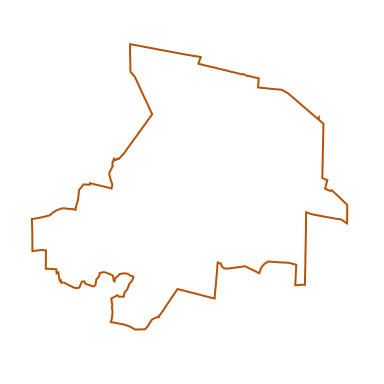 Santiago Maravatío, Guanajuato, Mexico (Albers equal-area conic projection), rotated 5°
{"feature_id": "50627088B21032390584019", "entity_name": "Santiago Maravatío", "entity_type": "district", "adm_level": 2, "iso_a3": "MEX", "parent_name": "Mexico", "parent_adm1": "Guanajuato", "projection": "albers", "projection_center": [-101.002, 20.157], "detail": "fine", "context": "isolated", "style": "outline", "palette": "amber", "viewbox_px": 384, "rotation_deg": 5, "n_neighbors": 0, "source": "geoboundaries", "source_scale": "gbopen_adm2", "svg_char_len": 4498}
<svg xmlns="http://www.w3.org/2000/svg" viewBox="0 0 384 384"><g transform="rotate(5 192 192)"><path d="M120.4,77.7L124.9,82.1L127.0,85.7L130.9,92.5L131.8,94.2L132.2,94.9L132.9,96.0L133.6,97.2L135.3,100.3L139.2,106.9L140.8,109.7L142.2,112.2L144.4,116.1L145.6,118.1L142.1,123.8L139.5,128.3L136.1,133.8L132.6,139.8L129.2,145.4L126.7,149.6L124.6,153.1L120.9,159.4L116.3,165.4L114.9,165.2L114.8,165.8L113.7,166.2L113.7,166.3L113.5,166.6L113.2,166.9L112.5,167.0L111.9,165.8L111.4,165.6L110.2,169.7L110.1,170.0L110.3,170.6L110.3,172.3L110.9,172.8L108.0,180.0L108.0,180.9L108.1,181.8L108.6,183.2L109.8,186.6L111.0,189.3L111.2,190.0L112.0,191.4L111.8,193.2L111.6,194.5L111.5,195.5L105.5,194.5L96.4,193.2L89.6,192.1L89.4,193.7L83.3,193.9L79.3,199.9L79.2,209.3L77.7,216.7L77.4,220.0L76.3,219.7L74.4,219.4L73.1,219.3L71.3,219.6L68.9,219.5L66.2,219.4L64.8,219.5L63.5,219.8L61.9,220.5L58.2,222.4L56.2,223.9L54.9,224.8L54.0,226.0L53.0,227.1L51.5,228.0L46.6,229.6L40.9,231.4L38.6,231.9L36.8,232.5L34.8,232.8L35.1,234.7L35.2,236.1L35.4,237.1L35.5,238.6L35.7,239.8L35.8,240.5L36.0,242.4L36.0,242.9L36.2,244.1L36.2,244.3L36.4,245.9L36.6,247.7L36.7,249.3L36.9,250.8L37.0,252.2L37.1,253.3L37.2,253.9L37.3,255.1L37.4,255.8L37.4,256.0L37.5,257.7L37.6,258.8L37.8,261.4L37.8,261.8L38.2,264.8L43.0,263.8L47.1,262.8L51.6,263.0L52.8,278.0L53.0,281.1L55.4,281.0L59.5,280.9L63.5,280.8L64.2,284.7L65.5,283.6L65.9,283.6L66.6,287.3L67.9,291.8L68.9,291.3L69.7,293.9L70.6,293.6L71.5,293.4L72.3,293.4L73.4,293.8L74.3,294.2L76.8,295.3L82.7,297.5L84.3,297.9L87.2,297.4L88.1,297.0L89.8,291.6L90.4,290.7L92.5,290.5L94.1,292.9L100.5,294.3L102.3,294.7L104.0,293.0L104.3,287.6L106.9,284.0L107.1,280.6L109.2,280.2L110.4,279.6L112.5,279.6L117.7,281.1L120.3,282.1L121.0,283.6L121.6,286.6L122.0,287.4L122.2,287.7L122.7,287.7L122.7,285.0L124.1,283.5L125.2,282.6L127.0,280.1L130.6,279.1L133.0,278.9L135.1,279.1L136.3,279.7L137.1,280.2L138.7,281.0L139.8,280.9L140.5,281.1L141.0,281.5L141.1,282.1L140.3,284.5L139.8,285.9L137.4,289.2L137.0,291.3L136.4,293.1L135.9,294.7L135.3,295.6L134.3,296.8L133.7,297.5L133.5,298.8L133.1,302.3L128.3,302.6L126.9,301.3L120.8,305.2L122.6,312.4L122.2,313.7L122.9,316.5L123.3,318.4L123.3,324.5L122.5,328.6L127.6,329.1L132.8,329.7L135.5,329.9L139.5,330.8L142.8,331.8L147.0,333.9L151.7,333.5L156.1,333.0L157.2,332.8L159.2,330.2L160.8,327.2L163.3,322.5L167.0,320.2L169.4,319.6L169.8,319.5L169.4,319.1L169.9,318.4L171.4,316.4L171.7,315.6L172.3,314.5L173.4,312.9L174.3,311.1L177.6,305.1L180.0,300.8L184.4,292.8L186.0,289.9L191.7,290.8L195.4,291.5L202.4,292.6L208.0,293.5L212.4,294.3L214.0,294.6L218.4,295.3L222.0,295.9L223.9,296.0L223.8,294.8L223.7,292.6L223.9,279.5L223.8,276.8L223.8,274.5L223.8,273.3L223.8,273.0L223.8,270.8L223.8,269.4L223.7,262.8L223.7,260.0L223.8,259.8L226.3,260.9L226.9,260.7L227.6,262.1L227.6,262.5L228.0,262.9L228.2,263.3L228.6,263.9L229.3,264.5L229.8,264.8L230.5,265.1L231.2,265.3L231.7,265.3L233.6,265.3L244.5,262.9L249.4,261.8L251.3,261.3L254.5,262.6L266.1,267.1L267.3,262.2L268.0,260.7L269.9,257.8L274.3,254.4L275.4,254.6L286.7,254.4L294.8,254.1L302.2,255.4L303.0,275.9L306.0,275.5L310.3,274.7L312.5,274.7L312.5,273.8L312.5,273.7L311.0,251.3L310.6,246.1L309.0,222.7L307.5,202.2L313.4,203.7L316.0,204.0L326.0,205.0L338.0,206.1L342.9,206.3L349.1,209.8L349.2,208.5L347.8,191.4L344.4,188.6L342.7,187.2L337.6,183.1L331.1,178.1L329.2,178.7L329.2,178.8L324.3,177.1L325.8,168.4L320.6,166.8L317.0,112.5L312.1,109.0L311.8,106.6L310.7,108.0L308.2,106.2L307.0,105.4L303.7,103.0L298.4,99.2L297.2,98.3L295.2,96.9L292.0,94.6L291.7,94.4L290.4,93.4L289.4,92.7L288.3,91.9L287.8,91.6L287.5,91.3L287.3,91.2L286.2,90.4L282.0,87.4L279.9,85.9L279.1,85.4L276.4,84.0L275.8,83.8L275.4,83.6L272.3,82.3L264.9,82.3L262.8,82.3L259.1,82.3L258.4,82.2L258.2,82.2L251.5,82.2L248.7,82.1L248.7,79.5L248.6,78.9L248.6,77.7L248.6,76.0L248.6,74.3L248.6,73.0L248.3,73.0L246.3,72.6L245.7,72.6L242.0,72.0L238.6,71.4L237.3,71.7L232.8,70.0L231.8,70.5L225.5,69.5L223.3,69.1L223.1,69.1L222.2,69.1L215.9,68.0L211.5,67.4L207.7,66.8L206.1,66.5L202.6,65.9L200.2,65.7L197.3,65.2L196.7,65.1L193.5,64.7L192.3,64.6L191.2,64.3L189.9,64.1L187.2,63.6L187.3,62.6L188.4,58.9L188.5,58.7L189.1,56.9L188.8,56.8L188.1,56.7L185.7,56.5L184.7,56.5L182.0,56.2L182.0,56.5L180.2,56.2L178.8,56.0L174.4,55.7L168.0,55.1L161.5,54.4L155.1,53.8L152.4,53.5L147.3,53.1L141.1,52.4L134.2,51.8L128.9,51.2L122.8,50.6L122.0,50.6L117.5,50.1L117.5,50.7L118.0,57.2L118.2,59.2L118.3,59.9L119.0,65.5L120.0,76.3L120.4,77.7Z" fill="none" stroke="#b45309" stroke-width="2"/></g></svg>